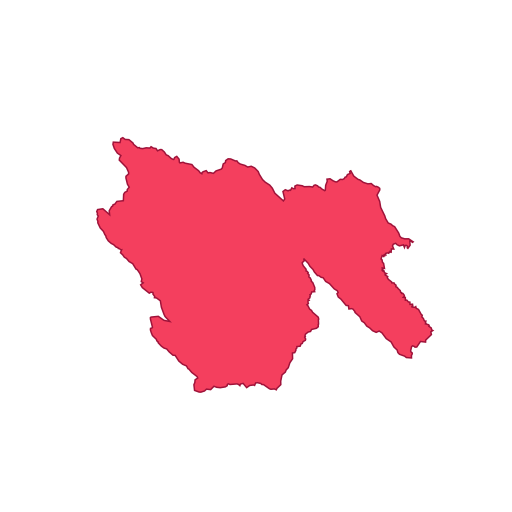 Pacho, Cundinamarca, Colombia (Equal Earth projection), rotated 137°
{"feature_id": "7082276B92865884587662", "entity_name": "Pacho", "entity_type": "district", "adm_level": 2, "iso_a3": "COL", "parent_name": "Colombia", "parent_adm1": "Cundinamarca", "projection": "equal_earth", "projection_center": [-74.189, 5.166], "detail": "fine", "context": "isolated", "style": "filled", "palette": "rose", "viewbox_px": 512, "rotation_deg": 137, "n_neighbors": 0, "source": "geoboundaries", "source_scale": "gbopen_adm2", "svg_char_len": 6122}
<svg xmlns="http://www.w3.org/2000/svg" viewBox="0 0 512 512"><g transform="rotate(137 256 256)"><path d="M290.4,160.7L288.8,160.9L287.9,161.9L285.2,159.9L283.0,161.0L281.8,160.5L280.0,161.3L277.4,160.7L276.3,161.4L275.8,163.4L274.9,163.4L274.8,164.1L273.1,165.1L269.6,164.8L267.6,163.6L265.5,164.4L261.1,161.9L258.7,161.8L257.2,163.5L256.7,163.5L253.8,166.9L253.2,167.0L252.2,168.8L253.0,176.3L252.5,178.4L253.0,180.5L251.9,184.4L252.0,185.6L250.1,185.5L249.5,186.8L248.4,187.8L247.4,187.4L247.4,188.8L245.0,188.7L244.4,189.6L243.5,189.7L243.0,190.9L241.5,190.6L239.8,191.7L237.4,189.9L237.0,191.0L236.0,191.2L234.5,192.9L232.6,197.9L232.8,199.8L232.1,200.5L231.3,203.0L231.6,204.7L230.1,205.9L230.0,208.1L229.2,208.2L229.0,209.8L229.6,210.8L228.4,212.2L228.1,216.7L227.4,218.6L226.7,219.6L223.9,219.6L222.9,221.7L222.8,215.0L223.6,211.7L223.5,207.2L224.2,204.6L224.4,199.8L223.4,198.8L222.9,196.0L221.7,194.3L222.4,189.9L221.1,185.7L221.2,178.6L220.2,175.1L220.9,173.2L222.5,173.2L223.8,169.9L223.3,166.5L223.8,158.4L222.3,156.7L224.2,153.9L221.9,152.2L221.3,151.0L221.6,147.8L222.1,147.2L221.5,140.7L223.0,136.4L222.3,133.3L222.8,129.2L221.9,125.9L221.7,121.9L220.2,118.2L217.1,117.1L216.3,113.9L217.1,106.8L215.8,101.0L217.2,95.4L216.9,91.0L218.1,88.6L218.1,86.3L215.6,81.4L215.3,79.2L211.8,75.4L210.2,77.2L208.4,77.9L207.8,78.9L208.1,79.9L207.7,81.1L204.0,83.6L202.7,83.5L201.9,81.9L201.9,80.9L200.5,79.8L194.0,81.3L190.7,77.4L189.2,78.8L181.3,78.9L179.9,81.3L177.5,80.9L177.9,82.0L176.9,83.9L177.5,86.7L176.9,86.9L176.6,87.9L178.3,90.8L177.6,90.9L177.4,91.8L176.2,92.5L176.9,93.1L177.0,94.1L176.2,96.1L176.2,98.4L174.8,99.3L175.0,100.6L173.6,106.1L174.5,108.5L173.7,110.0L174.8,110.1L176.7,112.3L176.3,112.9L175.3,112.7L174.4,114.0L176.4,115.6L174.9,117.3L175.9,118.5L175.8,120.9L176.9,121.8L175.1,123.8L176.4,125.3L174.8,125.4L174.3,126.3L174.1,128.4L175.0,129.3L174.5,129.9L175.0,130.7L174.1,132.4L174.3,135.7L174.0,136.5L174.7,138.2L173.5,139.1L173.8,141.1L173.4,142.1L175.0,143.8L174.5,144.5L175.1,148.6L174.8,150.6L173.7,151.1L174.5,154.0L174.0,154.5L172.6,154.1L173.4,156.2L172.6,157.8L173.4,158.2L173.6,159.1L172.7,159.0L172.7,160.4L171.8,160.1L171.6,160.9L170.5,159.3L167.7,163.6L167.8,165.1L166.4,167.3L166.6,168.5L163.4,170.3L163.0,168.7L162.1,169.4L161.8,168.5L161.1,169.1L160.4,168.2L159.6,169.5L157.8,168.7L157.1,167.5L156.4,168.0L155.6,167.4L155.0,167.9L154.5,166.7L152.2,168.8L150.5,167.1L149.3,170.3L147.5,171.0L145.2,170.0L145.1,168.0L144.2,165.6L140.6,163.6L141.6,161.0L139.7,162.0L138.7,161.1L138.6,160.0L139.8,158.8L139.7,158.0L135.9,158.8L133.4,162.0L132.5,161.2L132.3,159.3L131.4,159.2L132.6,164.4L135.5,167.1L137.3,170.2L137.4,172.2L136.0,175.4L134.6,182.9L135.4,185.0L135.5,187.1L136.8,190.0L135.7,195.0L134.5,197.4L131.7,206.5L128.3,211.6L126.0,218.0L120.4,219.9L119.4,221.1L119.6,222.8L120.4,224.7L121.3,225.2L122.0,227.4L122.3,230.4L125.0,232.5L127.3,236.6L128.2,240.9L129.1,242.4L130.0,247.8L128.4,254.3L129.0,253.5L129.9,253.9L130.9,252.2L133.6,253.2L135.9,252.3L137.1,252.9L138.8,252.4L140.5,252.9L142.1,254.6L146.3,255.0L147.3,256.0L148.3,258.3L149.2,262.0L151.7,263.8L152.9,262.1L156.8,260.2L160.5,256.8L161.2,256.9L162.2,260.3L162.3,262.4L163.2,263.9L163.1,265.3L164.0,267.4L165.2,268.1L167.5,267.8L169.5,270.3L173.5,273.8L174.3,275.9L177.5,279.9L179.9,280.6L181.5,278.7L182.8,279.8L183.3,281.4L186.0,280.5L186.6,281.4L188.1,281.8L189.4,284.5L192.3,284.8L196.1,278.1L198.4,277.6L199.4,289.1L197.8,294.5L197.6,298.5L198.9,303.7L199.1,307.5L197.9,313.4L196.8,316.3L196.9,321.3L198.3,324.9L201.4,326.7L202.3,329.8L204.8,334.0L205.4,336.4L205.1,338.6L206.2,339.5L208.3,344.2L210.1,346.1L213.1,346.5L214.7,345.2L217.2,345.7L220.6,343.4L222.1,343.2L227.2,345.5L230.8,345.5L232.7,348.4L234.4,349.5L234.2,352.4L237.2,353.7L238.5,353.8L239.5,353.1L240.1,355.0L239.8,357.4L240.8,363.2L240.5,366.6L244.6,372.3L245.4,374.3L248.1,375.9L248.1,376.8L246.2,379.3L246.0,382.9L248.4,383.5L250.2,382.7L250.7,383.0L251.5,385.3L251.8,389.3L252.7,391.2L252.1,394.5L252.4,398.1L253.5,399.2L256.3,400.1L255.8,402.8L257.5,404.9L258.2,407.5L260.0,407.3L262.5,410.0L265.6,411.8L267.4,413.9L267.4,414.9L268.7,415.8L269.4,421.1L268.9,422.6L269.6,427.8L272.2,430.5L272.7,433.4L274.8,434.0L278.0,431.7L282.7,436.6L284.5,435.2L286.3,431.2L287.2,425.8L286.3,421.6L289.0,420.7L290.6,419.4L290.4,408.9L292.1,404.1L293.2,402.9L296.7,403.0L297.9,401.8L301.1,396.1L301.8,392.8L304.8,392.4L305.9,391.3L308.6,392.0L310.7,391.4L315.3,386.9L320.5,390.8L324.0,390.2L325.5,391.0L327.0,390.2L327.9,390.6L332.5,389.2L334.9,386.0L335.8,395.0L340.2,398.0L342.2,397.1L342.7,395.5L343.9,394.5L344.1,392.8L347.1,391.4L348.0,389.2L349.1,388.1L350.8,382.7L350.8,378.0L352.0,374.6L352.0,373.4L353.0,371.6L353.7,367.8L353.3,363.9L352.4,361.5L352.2,357.8L351.3,356.4L351.6,355.4L350.9,354.6L350.6,352.6L350.0,352.2L352.9,350.8L352.7,347.7L353.1,344.9L352.4,342.5L352.6,338.5L351.4,334.5L352.7,328.2L352.2,327.3L352.3,325.8L352.9,322.2L355.1,317.1L357.4,315.5L356.8,313.3L360.0,313.6L360.7,310.4L359.4,301.6L357.6,301.2L356.3,299.7L356.5,299.0L357.3,298.5L357.7,295.4L358.7,294.8L357.4,293.2L356.5,288.5L360.1,283.1L363.1,276.0L363.8,273.7L363.7,266.9L367.2,271.7L368.6,278.5L374.4,282.9L375.2,283.0L376.2,281.9L380.3,274.5L381.2,274.3L382.5,275.0L383.6,274.0L384.9,271.3L386.0,268.4L385.7,262.9L386.4,261.7L386.2,259.7L386.7,259.3L386.7,254.6L386.1,251.5L384.7,248.9L384.9,245.2L384.4,240.1L382.9,238.4L384.1,231.8L383.5,226.9L381.8,223.0L382.6,220.0L382.2,219.0L382.4,214.6L381.3,208.0L381.8,206.5L385.0,207.0L387.0,205.2L389.2,204.2L392.6,199.6L390.4,195.3L389.1,194.0L385.7,192.4L383.0,192.4L380.3,189.2L375.6,189.4L374.3,186.8L372.0,184.1L367.7,181.2L365.5,180.8L364.5,181.6L363.4,181.4L362.7,179.8L357.1,175.4L356.4,174.0L356.2,172.2L354.7,173.0L352.3,171.6L352.6,166.1L348.9,165.6L345.8,163.4L345.3,162.3L342.9,163.4L341.4,162.4L339.4,159.5L339.4,158.1L338.2,156.8L336.7,149.7L336.0,148.4L333.2,146.2L332.4,144.3L331.0,144.9L325.6,145.0L323.3,147.6L318.1,151.3L313.7,151.1L311.7,152.1L308.6,152.3L304.1,154.8L299.3,155.9L295.5,160.2L293.6,158.9L291.2,159.8L290.4,160.7Z" fill="#f43f5e" stroke="#9f1239" stroke-width="1.5"/></g></svg>